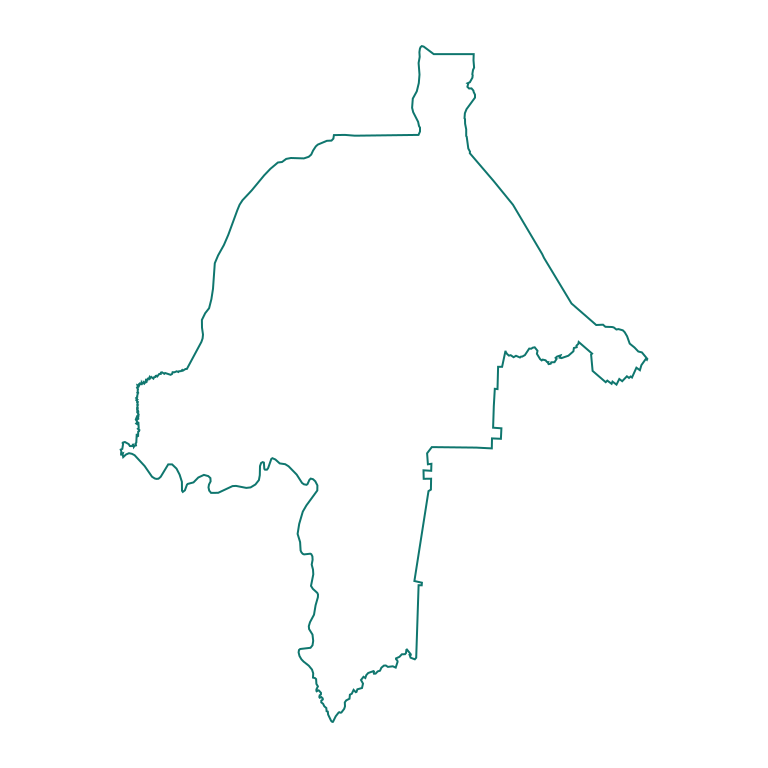 outline of San Francisco, Petén, Guatemala
{"feature_id": "79465075B83427933273433", "entity_name": "San Francisco", "entity_type": "district", "adm_level": 2, "iso_a3": "GTM", "parent_name": "Guatemala", "parent_adm1": "Petén", "projection": "equal_earth", "projection_center": [-89.989, 16.624], "detail": "fine", "context": "isolated", "style": "outline", "palette": "teal", "viewbox_px": 768, "rotation_deg": 0, "n_neighbors": 0, "source": "geoboundaries", "source_scale": "gbopen_adm2", "svg_char_len": 6098}
<svg xmlns="http://www.w3.org/2000/svg" viewBox="0 0 768 768"><path d="M647.3,358.9L641.9,352.4L638.3,351.5L634.5,347.5L629.7,343.6L627.1,336.3L624.7,332.2L622.8,330.3L618.5,329.1L616.4,329.5L613.7,327.4L612.0,327.0L605.4,326.8L603.0,324.7L596.2,325.0L571.5,303.5L544.0,257.9L542.2,254.1L513.0,204.8L493.7,181.1L469.8,153.2L470.0,151.7L468.3,148.5L466.7,136.7L466.2,136.0L466.2,129.3L465.1,123.7L465.0,119.0L464.5,118.3L464.9,113.2L466.5,109.2L475.0,97.6L475.0,94.7L473.6,91.8L473.4,90.6L471.5,88.4L469.1,88.5L467.4,86.8L468.2,83.8L467.5,83.3L469.9,82.2L472.4,77.7L472.7,75.2L472.3,74.3L473.0,70.0L474.1,67.6L473.5,60.3L473.7,54.1L433.7,54.1L423.7,46.6L421.8,46.1L420.6,47.1L419.9,48.8L419.4,52.2L419.7,56.9L418.6,63.0L419.5,74.6L418.8,83.1L416.8,91.3L412.8,98.6L412.1,107.8L413.2,112.2L418.1,121.8L419.0,126.0L420.0,127.7L420.0,131.5L418.5,134.9L354.9,135.7L344.9,134.9L333.9,135.1L333.4,138.6L331.5,140.6L326.9,140.8L317.8,144.6L315.8,146.4L313.1,150.5L311.2,154.6L308.7,156.8L303.9,158.4L290.9,158.0L286.2,158.9L282.0,162.0L277.9,162.5L270.4,168.8L264.2,175.3L251.7,190.4L242.5,200.2L239.6,204.7L237.4,210.0L228.3,234.8L223.9,245.0L218.1,255.4L214.8,263.2L213.0,288.8L211.4,299.1L209.1,308.2L205.2,313.2L201.9,319.9L202.0,327.6L203.0,334.6L202.6,338.4L201.4,341.9L186.9,368.9L185.5,369.0L182.8,370.7L182.2,370.0L181.1,371.1L178.9,371.3L178.4,372.0L176.7,371.3L174.4,372.3L172.6,372.2L172.1,373.9L170.6,374.8L165.1,373.0L164.3,373.8L162.0,372.3L160.9,372.6L160.8,373.9L159.2,374.0L157.3,376.4L156.6,375.7L155.7,375.9L155.4,377.0L154.1,377.2L153.4,378.6L151.2,376.9L150.2,378.2L149.6,377.2L149.0,379.0L148.1,378.5L146.9,379.8L146.0,379.7L145.9,380.3L146.8,380.8L145.9,381.3L146.4,382.0L145.8,382.4L145.2,382.0L144.6,383.0L143.8,382.3L143.8,383.4L143.0,382.9L142.2,383.7L141.7,382.8L141.6,384.2L140.5,384.2L139.9,383.4L138.5,384.6L139.1,385.6L138.7,386.4L137.6,385.7L137.9,386.7L137.2,387.4L137.7,387.8L137.4,388.6L138.0,389.2L137.6,391.1L138.1,392.6L137.4,392.9L137.8,393.6L137.1,396.3L137.3,396.9L136.2,398.0L136.9,398.6L136.6,399.4L137.1,399.6L136.4,400.2L137.2,401.0L137.1,402.0L137.8,402.1L137.3,404.5L137.9,405.0L137.3,405.8L137.8,408.1L137.7,408.6L137.1,408.4L137.1,409.5L137.6,410.1L137.3,410.8L138.1,411.0L138.3,411.9L137.4,412.5L138.6,414.3L137.9,415.2L138.5,415.8L138.1,417.5L138.3,418.8L137.5,419.4L137.6,417.9L136.8,417.0L135.8,419.5L137.4,422.1L136.2,423.5L137.3,424.2L137.8,422.5L138.4,422.7L138.7,428.1L137.9,428.8L139.4,430.1L139.0,431.2L138.2,431.6L138.1,436.0L137.6,436.3L137.4,434.6L136.7,434.7L136.3,442.6L135.6,443.5L136.0,445.4L134.6,445.8L133.8,446.9L133.4,444.6L132.8,444.7L132.7,446.0L130.4,446.1L129.8,446.0L128.7,444.1L124.9,442.0L123.0,442.5L122.6,443.0L123.1,443.9L122.3,448.9L120.7,449.6L121.6,452.4L121.1,452.9L121.1,454.2L122.9,453.4L122.4,455.1L123.6,455.9L123.0,456.2L123.2,457.1L126.0,454.5L129.0,453.2L131.9,453.8L134.6,455.2L144.6,466.0L152.0,476.7L154.8,478.5L156.5,478.9L158.5,478.7L160.7,476.8L168.2,464.4L172.1,464.4L176.5,468.6L179.6,474.6L181.9,481.8L182.0,490.7L182.8,491.9L184.9,490.3L187.0,484.6L187.8,483.9L193.5,482.4L198.3,477.5L203.9,474.9L208.3,476.1L210.4,478.1L210.6,481.4L209.0,484.5L208.5,487.4L209.2,490.6L211.1,492.9L218.2,492.8L232.5,486.1L236.0,485.9L246.3,487.9L250.6,487.4L255.4,484.5L258.9,480.1L259.8,475.2L260.0,466.1L261.1,463.0L262.7,462.1L263.9,462.6L264.3,468.8L265.0,469.7L266.9,469.7L268.1,468.2L271.3,459.0L272.4,458.2L275.4,459.5L279.7,463.4L285.2,464.2L288.6,466.3L296.7,474.6L302.0,482.9L303.9,484.3L306.5,484.8L307.5,484.1L309.4,479.9L310.7,478.6L313.0,479.2L315.3,481.3L317.4,485.4L317.3,490.5L306.4,505.4L302.8,511.6L299.2,523.9L297.6,533.9L300.1,542.1L300.6,550.5L301.4,552.3L302.7,553.8L304.1,554.4L310.3,553.7L311.3,554.2L312.4,556.4L312.6,559.8L311.7,564.6L313.0,569.6L313.3,574.3L311.0,585.9L312.8,588.8L317.3,592.9L318.0,594.5L317.9,597.2L315.6,605.2L314.0,614.7L310.0,622.2L308.8,626.2L309.1,629.1L312.5,634.6L313.2,640.9L312.5,645.3L310.5,647.8L300.2,649.0L299.0,650.0L298.6,652.4L299.5,656.0L301.4,659.3L303.6,661.6L308.8,665.7L312.0,669.6L313.2,673.3L313.0,677.6L315.0,678.1L316.1,679.1L316.4,683.9L317.9,686.4L316.4,689.4L316.4,690.9L316.7,691.3L318.2,690.3L318.9,690.5L321.0,692.9L320.9,694.5L319.7,695.3L319.3,697.0L319.7,697.7L321.4,697.1L322.7,698.4L322.8,699.5L321.3,700.6L321.3,702.4L323.1,703.8L324.3,706.3L326.3,708.0L326.6,711.2L327.8,711.6L328.1,714.5L331.1,720.8L332.3,721.9L333.0,721.8L335.7,716.3L338.5,712.7L339.2,712.2L340.3,712.7L341.4,712.5L344.2,708.8L345.0,706.3L344.8,702.4L346.2,700.4L349.5,698.7L349.9,694.7L351.8,693.7L353.6,689.9L355.8,692.2L356.5,691.9L357.4,689.3L362.0,688.0L363.0,683.6L361.0,680.0L363.5,676.8L365.3,678.0L366.3,675.1L368.2,673.0L373.5,671.1L374.0,671.5L373.7,672.7L374.0,673.7L375.6,673.6L377.7,671.4L380.0,670.7L381.4,667.7L383.9,665.6L385.8,665.5L387.9,666.9L392.8,666.3L395.7,667.6L397.6,661.8L397.3,660.5L396.1,659.3L396.0,658.4L399.5,656.8L401.8,654.3L405.0,654.2L406.0,653.0L406.4,649.8L406.9,649.5L410.7,654.2L410.8,654.7L409.6,654.9L410.6,657.7L414.8,659.3L416.2,657.7L418.6,585.2L421.7,585.3L421.9,582.7L414.4,581.0L428.5,491.1L430.9,489.6L431.1,478.7L423.7,478.8L423.5,470.3L431.2,470.8L431.4,463.8L427.9,464.3L427.1,453.3L431.8,447.1L476.2,447.6L491.8,448.4L492.0,438.4L500.9,438.8L501.4,428.3L493.1,427.7L493.8,406.2L494.8,388.8L497.5,389.1L498.1,366.8L502.1,366.8L505.5,350.8L505.8,352.1L507.1,354.0L508.9,355.6L510.7,355.2L513.6,357.2L516.0,355.8L520.0,357.5L521.0,356.6L522.2,356.6L524.9,355.1L529.2,348.6L531.3,348.7L532.7,347.7L534.7,347.3L537.5,350.8L536.9,353.8L540.1,359.1L541.7,360.4L542.7,359.6L545.6,360.3L546.9,361.9L548.3,362.1L548.0,362.9L548.6,364.1L550.7,363.7L551.3,362.3L554.5,362.2L556.6,358.9L555.6,357.9L557.0,356.6L560.6,355.4L559.7,357.7L561.5,358.1L568.4,355.7L573.4,351.3L573.9,348.0L576.7,347.2L576.5,345.6L578.3,343.9L578.7,342.0L592.1,353.6L591.1,354.6L592.6,370.9L605.7,382.2L607.3,380.6L611.6,383.8L612.5,381.6L616.5,384.6L619.3,379.0L622.2,381.2L626.9,376.3L629.0,377.9L630.7,376.5L632.0,377.5L636.4,367.7L639.9,370.2L641.4,365.1L645.9,358.8L646.9,359.8L647.3,358.9Z" fill="none" stroke="#0f766e" stroke-width="2"/></svg>